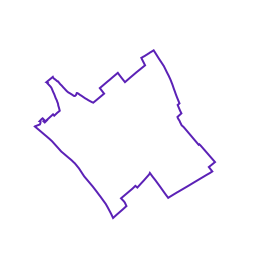 Vanatori, Galati, Romania (Equal Earth projection), rotated 139°
{"feature_id": "2599482B17748522296456", "entity_name": "Vanatori", "entity_type": "district", "adm_level": 2, "iso_a3": "ROU", "parent_name": "Romania", "parent_adm1": "Galati", "projection": "equal_earth", "projection_center": [28.001, 45.514], "detail": "fine", "context": "isolated", "style": "outline", "palette": "violet", "viewbox_px": 256, "rotation_deg": 139, "n_neighbors": 0, "source": "geoboundaries", "source_scale": "gbopen_adm2", "svg_char_len": 2916}
<svg xmlns="http://www.w3.org/2000/svg" viewBox="0 0 256 256"><g transform="rotate(139 128 128)"><path d="M198.3,69.9L193.5,70.0L185.2,70.0L180.6,70.1L180.4,70.1L179.3,73.9L179.3,74.3L179.2,75.1L179.4,79.5L164.4,79.3L160.4,79.5L160.0,76.9L159.3,77.0L154.3,77.6L150.5,78.0L148.3,78.3L142.3,79.1L141.0,79.7L141.4,75.0L141.6,70.6L142.1,64.6L142.4,61.3L143.0,55.2L143.3,51.9L143.4,50.0L143.5,48.9L142.9,48.8L142.4,48.8L141.4,48.6L136.6,47.8L133.8,47.3L133.6,47.3L132.3,47.0L129.1,46.4L120.0,44.7L114.2,43.7L99.2,41.0L95.8,40.3L92.9,39.9L92.6,45.5L84.7,45.2L84.7,48.2L84.7,53.5L84.7,67.2L84.9,69.0L85.7,69.0L85.4,90.7L85.4,92.5L85.7,94.3L85.7,94.9L85.6,95.6L85.2,96.7L85.0,97.9L84.6,98.9L84.3,100.1L84.2,101.2L83.8,103.0L83.4,103.9L78.1,104.0L77.4,106.7L76.3,110.1L75.4,112.8L73.0,112.8L70.8,119.3L69.5,122.8L68.8,124.5L67.6,127.7L66.6,130.1L65.7,132.4L65.2,133.9L64.8,134.9L64.0,137.3L63.3,139.8L63.2,140.0L62.0,144.9L61.2,147.9L60.5,150.6L60.3,151.4L60.2,152.4L60.1,153.0L59.2,159.9L58.1,166.9L57.7,169.8L60.3,170.2L62.4,170.6L62.6,170.6L63.0,170.6L63.7,170.7L63.9,170.8L64.1,170.8L65.6,171.0L66.7,171.2L68.2,171.4L69.1,171.6L69.7,171.8L70.2,171.8L71.9,172.2L72.3,170.9L74.0,164.1L84.8,164.5L93.8,164.6L97.0,164.6L100.2,164.6L100.0,169.2L99.7,174.4L99.5,176.3L107.0,176.4L110.2,176.4L112.8,176.5L123.1,176.6L123.5,169.6L128.4,169.7L133.6,169.8L137.0,169.9L137.6,169.9L138.3,171.3L139.7,175.0L140.2,176.7L140.2,176.8L140.4,177.3L140.8,178.3L142.1,183.4L142.4,184.0L142.6,185.0L142.9,186.3L143.1,187.0L143.3,187.5L143.5,187.8L143.7,188.0L143.8,188.0L144.2,187.7L144.9,187.4L145.4,187.1L145.8,187.0L146.4,187.0L146.7,187.0L146.8,187.0L147.0,187.0L147.3,187.2L147.5,187.4L147.7,187.6L147.9,188.2L148.0,188.5L148.1,189.1L149.2,192.7L149.7,194.0L149.8,194.7L150.0,195.9L150.0,196.6L150.1,197.0L150.0,197.3L150.1,197.8L150.1,198.7L150.1,199.5L150.2,200.8L150.2,201.4L150.2,202.2L150.2,202.9L150.2,203.6L150.2,203.9L150.3,204.4L150.4,205.6L150.3,207.8L150.4,208.6L150.2,208.9L150.3,209.2L150.5,209.5L150.8,210.0L150.8,210.4L150.9,211.2L151.2,212.6L151.2,213.1L151.4,213.6L151.5,214.1L151.5,215.0L151.2,215.9L155.9,216.0L159.5,216.1L159.1,215.4L158.9,214.7L159.5,214.6L159.3,209.9L159.5,208.3L160.8,204.4L161.5,201.9L163.0,197.9L163.5,196.0L163.5,195.9L163.9,194.9L164.2,194.2L164.3,194.0L164.4,193.5L164.6,193.0L165.1,191.9L165.9,190.7L166.4,189.5L166.9,188.4L168.2,185.8L170.1,185.8L170.9,185.9L175.6,185.7L175.6,187.5L184.0,187.3L184.0,187.0L187.2,186.8L187.4,188.7L186.0,188.7L186.1,191.3L187.2,191.4L188.0,191.3L190.2,191.1L189.9,190.7L189.9,190.2L190.2,189.8L190.6,189.4L191.3,188.9L192.2,188.5L197.2,190.3L197.3,190.3L194.4,171.3L194.0,167.8L193.8,154.0L192.2,143.6L192.0,142.5L191.7,140.4L191.5,137.8L191.3,136.3L191.5,129.7L192.5,122.5L192.8,120.2L193.0,107.1L193.4,100.2L193.7,96.5L193.8,94.5L194.3,89.0L194.6,85.4L195.4,81.4L197.0,74.5L197.5,72.7L198.3,69.9Z" fill="none" stroke="#5b21b6" stroke-width="2"/></g></svg>